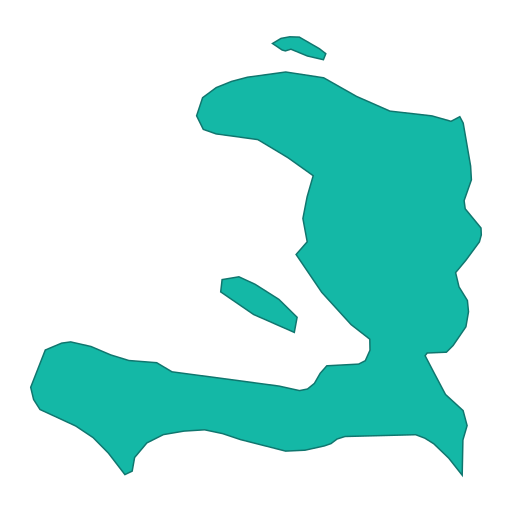 the border of Haiti
{"feature_id": "HTI", "entity_name": "Haiti", "entity_type": "country or territory", "adm_level": 0, "iso_a3": "HTI", "parent_name": "North America", "parent_adm1": "", "projection": "equal_earth", "projection_center": [-72.755, 19.066], "detail": "fine", "context": "isolated", "style": "filled", "palette": "teal", "viewbox_px": 512, "rotation_deg": 0, "n_neighbors": 0, "source": "natural_earth", "source_scale": "50m", "svg_char_len": 1450}
<svg xmlns="http://www.w3.org/2000/svg" viewBox="0 0 512 512"><path d="M459.8,116.7L463.2,123.1L470.6,166.0L471.4,179.8L464.1,200.6L465.2,208.8L481.0,228.0L481.3,234.9L479.4,241.9L466.0,260.1L455.6,272.6L459.0,286.9L467.4,300.5L468.5,311.8L465.9,326.8L453.1,345.5L446.4,352.2L427.2,353.0L425.1,355.7L434.6,373.9L445.5,394.5L463.1,410.6L467.1,425.6L462.9,440.0L462.2,475.2L448.7,458.1L433.8,443.8L424.9,438.2L415.7,434.7L345.0,436.5L337.1,439.0L331.0,443.6L324.4,445.9L305.0,450.2L285.6,451.1L240.5,439.6L222.6,433.6L204.6,429.8L184.0,431.1L163.4,434.6L146.9,442.9L134.6,457.5L132.2,471.1L124.9,474.6L108.3,453.0L93.1,437.6L75.7,426.0L40.0,409.5L33.6,399.5L30.7,387.3L45.3,350.0L61.7,343.1L70.7,341.9L91.0,346.5L110.7,354.9L128.8,360.5L156.7,362.7L171.9,371.8L279.2,386.1L299.5,390.6L307.5,389.0L314.4,383.4L320.2,373.3L326.8,365.8L358.6,364.1L365.3,360.7L370.0,350.2L369.8,339.2L351.1,324.6L321.8,292.4L296.1,254.5L307.2,241.8L302.9,218.5L307.1,196.9L313.2,175.7L287.8,157.6L257.8,139.6L216.1,133.9L203.3,129.4L196.6,115.8L202.6,97.7L216.2,87.6L231.6,81.4L247.5,77.2L285.7,72.0L323.7,77.8L356.5,96.4L389.9,111.1L432.0,115.9L451.0,121.3L459.8,116.7ZM297.1,317.3L294.3,332.4L253.6,314.5L220.7,291.9L222.1,279.6L238.9,276.8L255.1,284.3L278.9,299.4L297.1,317.3ZM319.4,48.7L325.8,53.7L323.4,59.7L307.4,56.0L290.9,49.2L285.4,50.9L282.1,50.0L272.5,43.5L281.0,38.4L289.7,36.8L299.3,37.1L319.4,48.7Z" fill="#14b8a6" stroke="#0f766e" stroke-width="1.5"/></svg>